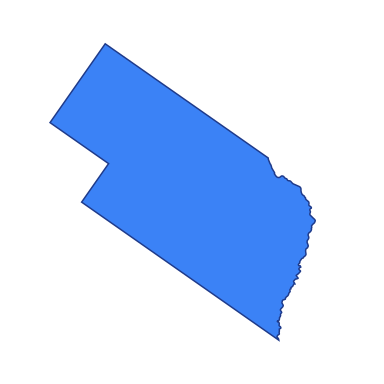 the border of Nebraska, rotated 35°
{"feature_id": "USA-3532", "entity_name": "Nebraska", "entity_type": "State", "adm_level": 1, "iso_a3": "USA", "parent_name": "United States of America", "parent_adm1": "", "projection": "mercator", "projection_center": [-97.897, 41.5], "detail": "fine", "context": "isolated", "style": "filled", "palette": "blue", "viewbox_px": 384, "rotation_deg": 35, "n_neighbors": 0, "source": "natural_earth", "source_scale": "10m", "svg_char_len": 4580}
<svg xmlns="http://www.w3.org/2000/svg" viewBox="0 0 384 384"><g transform="rotate(35 192 192)"><path d="M35.9,216.6L35.9,210.7L35.9,204.8L35.9,198.8L35.9,192.8L35.9,186.9L35.9,180.9L35.9,174.9L35.9,168.9L35.9,162.9L35.9,156.8L35.9,150.8L35.9,144.7L35.9,138.7L35.9,132.6L35.9,126.5L35.9,120.4L42.9,120.4L48.9,120.4L55.0,120.4L61.1,120.4L67.2,120.4L73.3,120.4L79.4,120.4L85.5,120.4L91.6,120.4L97.7,120.4L103.7,120.4L109.8,120.4L115.9,120.4L122.0,120.4L128.1,120.4L134.2,120.4L140.3,120.4L146.4,120.4L152.5,120.4L158.5,120.4L164.6,120.4L170.7,120.4L176.8,120.4L182.9,120.4L189.0,120.4L195.1,120.4L201.2,120.4L207.3,120.4L213.3,120.4L219.4,120.4L225.5,120.4L231.6,120.4L234.7,120.4L234.9,120.4L235.0,120.5L235.7,121.4L236.0,121.6L239.8,124.1L240.0,124.2L240.4,124.2L240.6,124.3L242.1,125.3L243.6,126.6L248.5,128.8L248.9,129.2L249.0,129.8L249.4,130.0L252.0,130.9L253.0,131.0L253.9,130.9L254.3,130.7L255.1,130.1L255.3,129.9L255.4,129.7L255.9,128.4L256.0,127.8L256.3,127.4L256.7,127.1L257.1,126.9L258.0,126.7L260.4,127.3L261.9,126.9L262.4,127.0L263.1,127.4L263.5,127.6L264.3,127.5L265.7,126.8L266.5,126.6L269.1,127.2L270.1,127.3L277.2,125.9L278.1,126.1L278.9,126.4L279.5,127.0L280.5,128.4L281.8,129.7L282.6,130.2L283.4,130.7L284.3,130.9L286.1,130.9L286.5,131.0L287.3,131.5L288.3,131.7L288.6,131.9L288.8,132.3L289.2,132.6L289.9,132.8L293.1,133.1L293.7,133.5L294.2,134.0L294.6,134.6L294.8,135.1L295.0,135.4L295.2,135.7L295.6,135.9L296.0,136.0L297.5,135.9L297.9,136.0L298.4,136.1L298.8,136.4L299.0,136.8L298.9,137.2L298.7,137.5L298.5,138.0L298.5,138.6L298.9,139.2L300.4,140.3L300.7,141.1L300.9,142.0L301.3,142.7L301.9,143.1L306.5,143.9L308.1,144.1L308.9,144.4L309.5,144.9L310.0,146.9L309.5,149.0L309.3,151.1L310.6,152.6L310.6,153.3L311.1,153.8L311.5,154.4L311.7,155.2L311.8,156.3L311.6,157.3L311.3,158.1L311.2,159.0L311.5,160.2L312.0,160.9L313.2,161.7L313.8,162.3L314.2,163.1L314.3,164.0L314.3,165.0L314.4,166.1L315.4,167.5L316.9,168.4L318.2,169.5L318.6,171.4L318.5,171.8L318.1,172.8L318.1,173.4L318.2,173.8L318.8,175.1L319.0,175.3L321.1,177.6L321.4,178.7L321.3,179.6L321.0,180.5L320.8,181.4L320.9,182.0L320.9,182.3L320.8,182.5L320.4,183.0L320.2,183.4L320.1,183.8L320.1,185.8L320.2,186.9L320.4,187.7L320.9,188.1L320.9,188.5L320.7,189.5L320.8,190.5L321.5,191.0L322.0,191.0L322.7,190.5L323.0,190.4L323.4,190.6L323.9,190.9L324.2,191.2L324.1,191.4L323.9,191.6L323.7,192.1L323.6,192.8L323.5,193.2L323.7,193.8L324.2,194.1L325.7,194.4L326.0,194.4L326.2,194.5L326.4,195.0L326.1,197.0L326.1,197.5L325.2,200.5L325.8,200.9L327.4,201.4L328.0,201.5L328.4,201.9L327.8,202.9L327.1,203.7L326.7,204.0L326.4,206.0L326.4,206.8L326.9,207.4L328.5,207.9L329.0,208.3L328.2,208.7L328.3,209.4L328.4,210.9L328.6,211.6L328.1,212.9L327.9,213.2L327.9,213.5L328.1,213.6L328.2,213.8L328.2,214.0L328.4,214.2L328.6,214.6L328.4,214.8L328.2,215.1L328.2,215.5L328.3,216.0L328.6,216.4L329.3,217.0L329.5,217.4L329.5,217.9L329.4,218.9L329.4,219.5L329.9,220.7L330.0,221.9L329.8,222.8L329.5,223.6L329.4,224.7L329.4,225.3L329.8,225.9L329.9,226.3L329.1,227.5L328.6,228.0L328.5,228.3L328.4,228.8L328.4,229.4L328.6,229.8L328.8,230.1L328.9,230.6L329.3,231.3L331.2,232.2L331.8,232.6L332.2,233.7L332.1,234.7L332.0,235.5L331.8,236.7L332.0,237.9L332.5,238.3L333.2,238.5L334.0,238.8L334.6,239.3L334.6,239.8L334.5,240.4L334.5,241.0L334.8,241.7L335.5,242.5L335.7,243.3L335.8,243.6L335.7,244.3L335.7,244.6L335.9,245.0L336.5,245.9L336.9,247.3L337.0,247.5L336.8,247.8L336.5,248.1L336.0,248.4L336.2,249.1L336.8,249.2L337.5,249.0L338.2,249.1L338.8,249.5L339.2,250.1L339.5,250.7L339.9,251.4L340.5,251.6L341.8,251.7L342.4,252.0L342.8,252.5L342.7,253.1L342.1,254.2L343.1,255.5L343.6,256.3L343.8,256.9L344.9,258.1L345.0,258.3L344.9,258.8L344.5,259.7L344.4,260.7L344.5,261.5L344.9,262.0L346.5,262.4L347.2,262.7L348.1,263.6L340.6,263.6L333.1,263.6L325.6,263.6L318.2,263.6L310.7,263.6L303.2,263.6L295.7,263.6L288.2,263.6L280.7,263.6L273.2,263.6L265.7,263.6L258.2,263.6L250.7,263.6L243.2,263.6L235.8,263.6L228.3,263.6L220.8,263.6L213.3,263.6L205.8,263.6L198.3,263.6L190.8,263.6L183.3,263.6L175.8,263.6L168.3,263.6L160.8,263.6L153.4,263.6L145.9,263.6L138.4,263.6L130.9,263.6L123.4,263.6L115.9,263.6L107.4,263.6L107.4,260.7L107.4,257.8L107.4,254.9L107.4,251.9L107.4,249.0L107.4,246.1L107.4,243.1L107.4,240.2L107.4,237.3L107.4,234.3L107.4,231.4L107.4,228.4L107.4,225.5L107.4,222.5L107.4,219.6L107.4,216.6L105.1,216.6L100.8,216.6L96.6,216.6L92.3,216.6L88.1,216.6L83.8,216.6L79.6,216.6L75.3,216.6L71.1,216.6L66.8,216.6L62.6,216.6L58.3,216.6L54.0,216.6L49.8,216.6L45.5,216.6L41.3,216.6L35.9,216.6Z" fill="#3b82f6" stroke="#1e3a8a" stroke-width="1.5"/></g></svg>